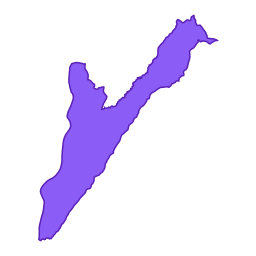 Nariño, Cundinamarca, Colombia
{"feature_id": "7082276B15133732541467", "entity_name": "Nariño", "entity_type": "district", "adm_level": 2, "iso_a3": "COL", "parent_name": "Colombia", "parent_adm1": "Cundinamarca", "projection": "natural_earth1", "projection_center": [-74.789, 4.405], "detail": "fine", "context": "isolated", "style": "filled", "palette": "violet", "viewbox_px": 256, "rotation_deg": 0, "n_neighbors": 0, "source": "geoboundaries", "source_scale": "gbopen_adm2", "svg_char_len": 5618}
<svg xmlns="http://www.w3.org/2000/svg" viewBox="0 0 256 256"><path d="M193.7,15.4L191.5,16.9L191.2,17.3L191.1,18.0L191.0,19.5L190.6,20.1L190.1,20.5L189.3,20.5L188.3,20.0L187.5,19.9L186.8,20.0L184.4,22.0L183.1,22.8L182.0,22.4L180.4,20.9L179.3,20.5L179.2,20.2L178.6,19.7L177.9,19.6L177.5,19.8L176.6,21.2L176.5,21.5L176.6,23.0L176.9,23.8L176.9,24.6L175.9,26.5L175.8,28.0L173.1,30.6L172.7,31.2L172.5,32.1L172.1,32.8L169.5,34.2L168.8,35.8L168.0,36.7L166.5,37.2L166.1,37.5L164.9,39.8L163.8,41.1L163.1,42.5L161.1,44.2L158.3,47.7L157.9,50.4L158.0,52.8L157.8,54.8L157.4,56.1L156.7,56.8L156.6,57.5L156.3,58.1L155.9,58.2L155.2,58.1L154.4,58.9L153.5,59.4L152.8,60.7L152.8,62.0L151.7,63.6L150.3,64.8L149.4,65.0L149.7,65.6L149.1,65.9L148.6,66.9L148.0,67.6L148.0,70.0L147.6,70.7L147.4,71.4L147.6,72.4L147.2,72.8L146.4,72.9L145.9,73.3L144.7,74.8L144.5,75.0L142.9,75.1L142.1,75.9L141.9,77.4L141.4,77.9L141.1,77.8L141.0,77.1L140.6,77.0L140.4,77.3L140.3,78.2L140.2,78.4L139.7,77.4L139.1,77.4L138.8,78.2L138.6,78.5L138.4,78.4L138.0,77.7L137.5,77.7L137.4,78.2L137.5,79.0L137.3,79.4L136.3,79.8L135.8,80.9L135.4,81.3L135.0,81.5L134.8,82.1L133.6,82.3L132.9,83.2L132.7,83.8L132.8,84.1L133.6,85.3L133.3,85.5L133.1,86.2L132.5,86.3L132.1,86.5L132.1,88.0L131.9,88.6L131.5,88.8L130.7,88.6L130.7,89.0L130.7,89.5L129.8,90.8L129.0,91.0L128.7,91.7L128.5,92.0L128.2,92.0L127.8,91.6L127.3,91.7L127.0,92.1L127.2,92.8L126.1,93.5L126.1,94.5L125.8,94.7L125.2,94.5L124.8,94.6L124.7,95.0L125.0,95.4L125.0,95.7L124.8,96.2L124.7,97.3L124.3,97.9L123.9,97.9L123.2,97.4L122.5,97.6L122.1,98.3L121.5,98.5L121.3,98.7L120.4,100.3L120.2,100.3L119.7,99.9L119.4,100.0L118.7,101.5L118.0,101.8L117.7,102.1L117.5,103.7L116.9,103.8L116.6,104.0L116.6,104.9L115.8,106.1L113.2,106.7L112.6,106.5L112.2,106.0L111.8,106.0L110.4,107.3L110.0,107.9L109.5,107.7L108.9,107.1L108.3,107.7L107.9,108.0L107.0,108.0L106.5,108.2L105.8,108.3L105.3,108.1L104.7,107.5L104.5,108.3L104.4,108.5L102.1,109.4L101.8,109.4L102.0,108.4L102.0,107.3L102.6,106.6L102.7,105.8L103.3,104.5L103.4,103.7L103.7,103.0L104.6,102.1L105.4,100.0L106.2,99.1L106.9,96.4L103.8,92.6L103.5,91.4L103.4,90.4L103.9,87.9L103.9,87.1L103.3,86.9L101.5,87.2L100.0,87.8L99.2,87.6L98.5,88.1L97.8,89.1L97.4,89.3L96.3,89.1L94.2,88.3L94.0,87.5L94.1,87.0L94.6,86.1L94.5,84.4L92.7,83.1L90.8,81.0L88.9,79.8L87.9,79.7L87.8,79.0L88.1,77.5L88.0,76.5L88.2,76.0L88.1,75.0L87.8,73.6L87.0,71.8L85.3,69.2L85.0,68.6L84.9,67.0L85.2,64.0L83.2,63.8L80.9,63.2L76.8,62.5L74.8,62.8L72.9,63.3L71.8,63.7L71.5,64.1L69.9,67.1L69.0,77.5L68.9,82.3L69.6,85.2L69.7,86.3L71.3,92.3L72.3,93.3L72.8,94.4L73.3,96.3L73.3,98.1L73.2,99.1L70.9,105.8L68.0,112.1L67.2,115.7L67.2,117.0L67.8,118.1L69.0,119.8L70.2,122.2L70.7,124.9L70.5,127.3L69.0,130.1L65.8,134.5L64.5,137.3L63.6,140.2L63.2,143.0L62.3,151.6L62.0,156.3L62.0,160.4L61.7,163.5L60.4,168.7L59.4,170.8L55.8,175.5L53.8,177.2L52.4,178.2L50.4,179.1L47.1,181.1L43.1,185.3L41.8,187.2L40.8,189.2L40.4,191.6L41.1,194.1L44.2,201.1L44.2,203.2L43.5,209.5L42.8,213.0L41.6,216.8L39.7,224.7L39.2,227.8L39.3,231.3L39.2,237.1L38.8,239.4L40.4,240.6L40.8,240.6L41.7,239.4L43.0,239.0L44.2,239.5L44.8,239.5L45.3,239.3L46.1,238.3L46.7,237.9L47.7,238.1L48.5,238.0L49.4,238.9L50.6,238.5L51.4,238.5L51.9,237.2L53.0,236.5L53.4,235.3L53.7,234.8L54.4,234.7L55.7,232.9L55.9,232.4L56.3,232.0L57.5,231.5L58.1,231.0L58.3,230.3L59.0,229.8L59.2,228.9L60.0,228.3L60.2,227.3L60.9,226.4L61.6,224.5L62.5,223.8L63.3,223.1L64.2,221.8L64.7,220.7L65.8,219.4L65.8,218.5L66.3,217.4L67.1,215.8L68.0,214.7L69.0,212.4L71.4,209.6L73.7,206.3L74.0,205.6L76.7,202.8L77.2,202.1L77.5,201.5L78.4,200.9L78.8,200.2L80.3,197.9L85.0,193.1L85.6,191.9L86.1,190.2L87.0,189.3L88.1,188.7L89.3,188.8L89.9,188.5L90.4,187.9L91.2,186.4L91.2,185.5L91.6,184.6L92.7,183.6L93.4,182.4L94.0,180.6L94.1,177.7L95.4,176.5L99.3,174.9L100.7,173.2L102.3,172.2L103.6,170.3L104.2,169.1L104.8,167.9L105.3,164.1L105.9,162.8L106.6,162.2L106.6,161.6L106.9,160.8L109.2,157.1L109.7,155.8L111.3,154.2L113.4,153.1L113.3,151.6L114.5,148.7L117.4,144.0L119.4,141.4L120.1,139.8L120.9,136.9L121.8,135.0L122.3,134.5L123.8,133.5L124.3,132.8L127.9,129.7L128.6,126.7L128.8,125.5L130.7,123.8L132.2,122.7L133.0,121.6L134.2,118.6L134.5,118.2L136.6,117.0L137.1,115.6L137.5,114.9L137.9,113.8L138.6,112.7L138.7,110.9L140.2,108.0L141.3,106.8L142.5,106.3L143.4,105.5L144.4,104.5L146.1,101.9L146.8,100.5L146.8,99.9L147.0,99.4L148.2,98.9L148.8,98.8L149.3,98.3L149.5,97.3L149.7,95.8L150.1,94.9L150.9,93.7L152.0,92.8L154.7,91.3L158.1,88.8L160.8,87.3L162.9,87.3L166.3,86.8L167.3,86.8L168.8,87.3L169.1,87.1L170.8,85.7L171.8,84.0L172.1,83.7L172.8,83.6L173.8,82.9L174.5,82.8L175.2,82.5L175.7,81.4L176.2,81.2L178.1,80.7L178.8,81.0L178.8,79.9L179.0,79.3L179.2,78.1L181.8,75.9L182.8,75.6L183.6,75.5L183.8,75.3L183.8,73.9L183.4,71.9L184.5,70.2L185.5,69.8L185.8,69.8L186.6,68.8L187.7,66.2L187.7,65.3L188.7,61.7L189.3,60.1L190.0,56.6L189.8,55.5L189.6,52.5L189.6,51.8L189.9,50.7L190.6,49.8L191.5,49.1L191.9,48.8L193.0,48.4L194.3,47.2L194.4,46.9L195.8,45.1L196.2,44.2L196.7,43.5L196.9,43.1L198.0,42.4L198.1,41.8L198.0,40.6L198.1,40.3L198.7,39.9L200.0,41.5L200.5,41.8L200.8,41.8L201.2,41.3L203.0,41.0L206.0,41.4L207.5,42.2L208.8,43.5L209.9,43.8L210.3,43.8L210.9,43.4L212.1,42.4L214.0,41.3L215.8,40.5L216.7,40.6L217.2,40.4L216.3,39.8L213.5,38.8L210.0,38.6L209.0,38.4L208.2,38.3L207.4,38.0L207.1,37.3L207.0,35.4L206.0,34.3L206.1,33.7L205.8,32.6L202.9,28.9L201.9,27.1L201.1,26.4L200.5,25.5L200.1,25.2L198.8,25.2L197.8,25.5L196.5,24.8L196.4,24.5L196.3,23.9L195.5,22.3L195.5,21.7L195.7,21.0L195.6,20.2L195.1,19.3L194.1,18.4L194.0,18.0L194.3,17.2L194.1,16.9L193.9,15.5L193.7,15.4Z" fill="#8b5cf6" stroke="#5b21b6" stroke-width="1.5"/></svg>